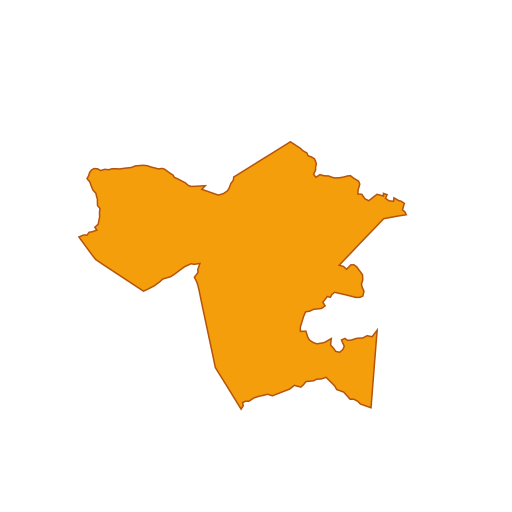 outline of Belo Jardim, Pernambuco, Brazil, rotated 217°
{"feature_id": "56859067B61802713407079", "entity_name": "Belo Jardim", "entity_type": "district", "adm_level": 2, "iso_a3": "BRA", "parent_name": "Brazil", "parent_adm1": "Pernambuco", "projection": "mercator", "projection_center": [-36.415, -8.268], "detail": "fine", "context": "isolated", "style": "filled", "palette": "amber", "viewbox_px": 512, "rotation_deg": 217, "n_neighbors": 0, "source": "geoboundaries", "source_scale": "gbopen_adm2", "svg_char_len": 2972}
<svg xmlns="http://www.w3.org/2000/svg" viewBox="0 0 512 512"><g transform="rotate(217 256 256)"><path d="M221.3,142.4L202.8,135.3L175.7,124.7L176.1,128.8L178.4,130.7L177.0,133.8L174.3,135.6L172.2,141.5L168.9,146.1L166.1,149.3L163.5,152.6L158.8,154.2L155.6,159.4L153.2,163.3L149.0,170.0L147.5,175.8L144.1,177.1L141.3,178.3L140.6,181.8L140.5,185.8L134.9,191.0L133.6,193.9L129.7,197.3L127.0,201.3L115.0,199.6L111.2,197.9L104.1,200.1L99.1,199.2L94.7,198.2L91.7,200.5L87.3,201.2L83.6,200.6L72.8,204.0L99.5,245.9L104.9,254.4L110.9,263.8L114.6,269.7L114.7,261.4L119.3,259.2L121.4,254.7L124.0,252.7L126.4,250.4L129.3,246.2L132.1,243.7L135.4,243.7L137.2,240.3L131.2,237.0L130.4,233.7L131.2,229.5L134.9,227.8L138.7,229.0L142.9,229.8L146.2,235.4L149.1,228.5L151.1,226.0L154.4,222.6L157.8,221.4L162.6,221.0L166.1,222.5L170.9,226.0L175.2,222.5L177.8,225.9L181.6,236.4L182.8,241.2L179.8,244.4L178.0,248.0L172.1,253.5L170.8,257.8L174.7,259.2L174.7,266.5L171.8,267.8L172.2,271.1L171.4,274.3L159.8,279.5L151.5,282.9L148.2,285.4L146.6,288.3L148.5,292.8L152.8,295.2L154.9,297.1L156.3,301.1L159.6,305.1L169.1,308.0L172.5,307.9L174.9,306.1L175.7,299.9L179.9,300.3L184.0,298.6L183.0,307.4L181.9,316.7L181.1,324.0L180.8,326.7L179.8,334.9L179.1,340.7L176.5,362.6L167.1,372.9L160.8,379.4L163.8,380.9L166.8,381.0L168.0,384.2L169.2,387.3L173.0,387.1L175.7,386.1L180.8,385.5L179.1,382.5L183.0,380.1L187.3,380.0L188.2,383.9L191.9,382.7L190.3,380.6L196.5,378.1L197.9,373.0L199.2,368.0L203.5,367.2L208.6,369.0L211.9,366.8L214.1,370.0L216.4,375.9L219.2,377.5L225.2,376.9L228.9,377.0L231.1,375.0L233.6,371.7L236.8,368.4L240.1,365.7L242.7,364.6L246.2,363.6L250.0,361.0L253.9,359.5L255.5,354.9L259.2,355.9L260.1,360.5L262.0,363.0L263.1,365.7L265.4,367.5L267.8,368.8L271.2,368.5L274.8,367.4L277.3,368.9L281.8,368.3L285.3,368.7L297.3,367.9L302.9,353.3L306.2,344.7L309.8,335.6L314.9,322.2L321.3,305.7L319.7,302.8L319.7,298.6L318.4,294.4L318.0,291.0L319.5,286.4L322.7,282.0L339.4,276.6L338.8,281.6L345.3,276.1L349.5,272.6L352.5,271.6L356.5,271.9L365.5,270.4L368.5,269.6L371.0,270.7L374.8,270.4L381.4,270.3L383.9,269.3L386.2,266.9L389.6,265.5L393.4,263.9L397.1,262.7L400.2,260.9L403.4,258.2L406.6,255.3L408.7,251.8L410.9,249.7L413.8,247.0L417.1,243.6L420.8,241.1L423.6,238.9L425.5,236.3L429.1,234.1L431.4,230.8L435.0,230.3L438.0,228.3L439.1,225.8L439.2,222.7L438.0,219.4L437.5,216.1L433.3,215.1L430.7,213.4L426.1,210.6L421.4,209.6L419.2,207.6L416.9,206.0L415.2,203.7L412.9,200.9L409.1,200.0L407.3,196.7L404.4,193.1L401.2,186.4L402.0,181.9L398.7,180.9L401.5,176.7L403.6,174.5L403.5,171.1L406.2,169.1L408.9,164.6L388.0,158.3L381.9,156.7L373.7,157.1L324.7,160.2L323.2,163.0L320.7,168.0L319.3,170.9L317.2,178.0L316.7,181.3L314.2,184.8L311.8,187.9L310.2,192.2L308.2,199.2L306.5,204.7L305.2,207.0L303.2,210.7L300.3,212.2L296.3,216.3L294.4,210.2L292.4,207.9L292.4,201.9L288.6,200.1L285.0,197.8L280.2,193.8L273.0,187.4L229.5,149.6L224.4,145.1L221.3,142.4Z" fill="#f59e0b" stroke="#b45309" stroke-width="1.5"/></g></svg>